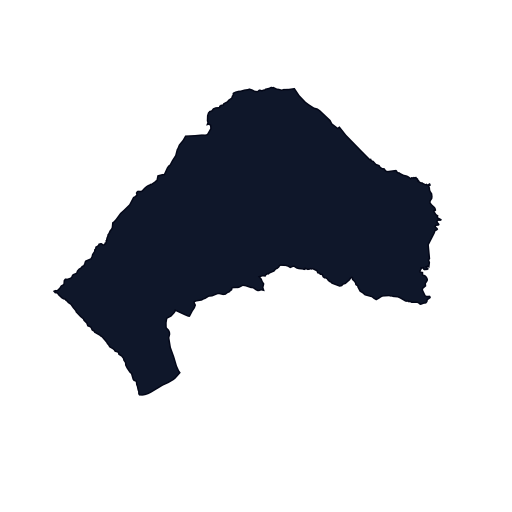 outline of Sogamoso, Boyacá, Colombia, rotated 110°
{"feature_id": "7082276B30941570566225", "entity_name": "Sogamoso", "entity_type": "district", "adm_level": 2, "iso_a3": "COL", "parent_name": "Colombia", "parent_adm1": "Boyacá", "projection": "robinson", "projection_center": [-72.881, 5.676], "detail": "fine", "context": "isolated", "style": "filled", "palette": "ink", "viewbox_px": 512, "rotation_deg": 110, "n_neighbors": 0, "source": "geoboundaries", "source_scale": "gbopen_adm2", "svg_char_len": 6078}
<svg xmlns="http://www.w3.org/2000/svg" viewBox="0 0 512 512"><g transform="rotate(110 256 256)"><path d="M214.2,375.5L219.0,374.8L219.6,375.5L220.8,376.0L224.6,378.7L224.9,379.7L225.9,380.1L226.5,381.1L228.3,382.5L230.6,383.8L234.0,385.2L234.9,386.5L235.5,388.6L236.0,389.4L237.7,389.8L239.4,388.6L242.1,390.1L242.9,391.0L251.1,392.1L258.6,395.7L262.3,397.7L269.6,399.8L272.5,401.0L273.8,401.9L278.4,400.7L280.0,400.8L282.3,401.6L285.2,401.8L287.0,402.3L287.6,401.9L289.7,402.1L291.5,401.9L292.2,401.5L292.9,402.0L293.8,401.5L295.1,401.5L295.4,402.0L296.0,401.7L296.8,402.4L297.4,402.5L298.1,403.3L297.4,405.3L297.5,405.9L298.6,407.5L299.8,407.5L301.2,408.3L302.4,409.4L304.1,409.0L305.3,409.6L306.8,409.1L310.5,410.0L312.9,409.7L315.2,410.1L319.0,414.2L320.3,414.4L321.7,414.0L322.1,414.3L323.9,414.3L325.3,415.7L327.2,416.3L328.9,417.7L331.3,418.6L333.0,418.5L333.8,418.8L335.8,421.0L336.8,421.7L339.0,421.8L340.4,422.6L342.2,424.9L342.7,425.7L342.8,426.8L343.3,427.3L344.8,427.7L347.5,426.9L348.7,426.9L350.8,428.7L353.2,429.2L356.2,430.6L356.9,431.4L357.2,432.7L358.2,433.7L359.1,432.1L358.7,430.5L358.9,429.5L359.9,428.2L361.7,424.0L362.0,422.1L361.8,420.2L362.5,419.6L362.9,418.1L363.9,416.4L364.6,413.4L367.0,410.0L369.0,406.5L369.9,405.9L372.8,400.1L374.0,396.7L375.3,395.5L376.8,392.1L379.1,390.1L379.1,387.8L379.5,386.5L381.5,384.6L382.0,382.2L382.8,381.4L383.7,375.8L384.4,373.9L384.4,373.1L388.1,366.6L389.1,365.6L389.8,364.1L391.3,362.4L392.0,358.6L392.6,357.0L393.6,355.8L393.4,352.9L394.1,351.9L395.2,351.2L395.9,347.9L397.5,345.4L399.1,344.4L400.3,342.6L401.3,341.8L403.0,341.1L405.2,338.8L408.2,334.7L409.0,332.7L413.7,329.3L414.6,328.0L414.5,326.5L414.9,325.4L417.7,324.0L419.0,322.8L422.1,320.9L423.3,319.8L425.6,318.9L426.3,317.9L425.3,315.0L424.0,312.8L422.1,310.4L420.0,308.4L409.1,299.6L404.8,295.2L400.3,291.5L398.5,290.4L391.7,287.7L390.4,289.6L386.7,293.2L379.1,298.8L371.3,305.3L362.7,310.1L359.0,310.5L357.2,311.4L355.7,312.9L354.3,315.8L353.4,316.3L349.5,317.8L345.2,318.6L344.5,318.2L341.5,315.4L337.2,313.6L335.5,313.2L334.5,313.4L335.4,302.9L335.6,299.2L335.3,298.0L329.3,297.2L325.7,296.3L322.9,296.3L321.3,298.0L320.3,298.5L319.6,298.0L318.6,296.9L315.9,292.1L314.3,290.8L313.2,289.4L309.9,286.8L308.4,283.7L304.5,279.4L303.8,277.7L303.3,273.7L302.3,271.8L300.2,270.5L298.5,268.7L297.0,268.4L296.3,267.5L295.9,267.4L294.7,267.8L294.1,267.5L293.3,266.3L291.7,262.2L290.9,261.1L288.0,258.5L287.4,255.6L287.3,250.1L286.7,247.8L287.7,244.2L287.8,242.5L287.4,241.5L285.9,239.6L285.6,237.1L283.3,238.9L279.6,239.3L277.9,241.6L276.0,243.2L274.4,246.0L272.2,243.0L271.6,240.6L270.7,240.6L268.9,239.4L268.5,238.2L267.4,237.7L263.9,234.0L261.5,233.2L260.3,231.9L258.5,230.9L257.2,230.7L256.2,229.9L254.6,224.8L254.5,222.3L255.0,219.9L253.0,217.8L252.6,216.5L253.3,213.6L253.1,211.3L252.1,207.6L252.1,206.4L251.8,205.6L250.7,205.6L250.8,202.7L250.0,201.3L249.2,200.6L249.3,199.6L248.6,198.7L248.5,198.1L249.0,193.6L250.6,192.2L250.4,190.3L251.1,189.4L250.7,187.3L252.5,185.8L253.0,184.1L252.6,182.8L252.7,182.3L253.1,181.1L254.2,179.6L254.8,177.7L254.8,176.7L255.5,175.3L255.6,167.1L254.5,165.4L252.6,164.6L251.2,162.7L246.1,159.9L245.0,159.9L243.2,158.6L243.6,157.8L245.0,157.2L246.0,154.8L247.2,153.2L248.7,152.3L249.2,150.1L250.3,149.5L253.4,146.1L254.0,143.1L255.1,140.3L254.5,133.0L255.4,130.5L255.8,128.1L253.6,126.2L251.6,124.8L250.2,123.4L247.6,117.4L247.5,115.9L247.0,114.5L247.0,113.2L245.8,108.7L246.0,106.1L247.1,100.1L246.8,98.7L246.1,97.4L246.6,96.8L246.0,95.5L246.2,93.9L244.3,88.7L244.3,87.3L245.0,85.7L245.0,84.8L242.9,82.3L242.0,80.5L240.4,79.9L238.5,80.2L235.7,78.3L235.2,78.3L234.6,79.1L235.7,81.7L235.7,83.4L231.5,87.7L230.7,88.2L229.5,88.4L226.1,86.5L223.9,87.6L220.6,86.8L219.3,87.1L217.8,88.6L217.0,90.1L216.8,91.0L217.1,92.9L214.6,93.9L215.0,96.1L214.2,96.9L212.1,96.5L210.5,96.8L210.4,96.3L210.8,96.1L209.7,94.7L210.9,94.0L211.2,93.2L210.0,90.6L209.3,90.1L208.0,92.5L207.6,91.8L206.8,91.5L207.1,89.9L202.8,90.9L200.7,92.6L199.2,92.1L186.5,98.1L173.6,96.5L170.8,96.5L169.8,95.3L168.8,94.8L168.3,95.3L167.5,97.4L167.0,97.8L165.6,97.5L164.5,95.3L164.0,95.0L163.5,95.4L162.4,97.3L161.7,97.7L161.0,97.8L160.0,97.2L159.3,95.1L159.0,94.7L158.6,94.7L158.1,98.3L157.2,99.1L156.2,99.0L155.6,101.2L153.3,104.2L152.5,104.4L152.0,103.3L151.5,103.1L150.0,104.2L149.4,105.1L147.9,108.7L146.5,110.8L145.3,111.2L143.8,111.1L141.9,110.6L140.1,111.0L137.5,112.3L135.8,114.6L134.7,115.5L132.6,116.5L131.8,117.6L131.2,117.6L130.1,116.8L129.7,117.4L129.4,117.1L129.0,117.5L130.9,119.1L130.5,120.2L130.9,120.3L131.1,121.4L130.9,123.9L130.6,124.9L130.9,125.0L130.8,127.8L130.0,128.6L130.2,129.5L129.5,129.5L129.0,130.4L128.5,130.6L128.1,131.9L127.6,132.6L128.2,133.2L128.2,133.8L128.9,134.4L128.6,135.0L129.2,135.5L129.3,136.5L130.5,137.3L129.7,139.6L129.4,141.6L129.8,145.1L129.3,149.0L129.0,149.7L129.3,151.2L129.1,152.0L128.1,153.1L127.9,153.8L131.7,161.1L131.9,162.6L131.6,163.5L130.3,165.5L130.8,167.1L130.7,168.1L130.0,170.2L129.0,171.3L129.0,174.8L127.1,178.3L127.2,179.6L126.9,180.5L126.0,181.3L126.6,182.2L121.7,192.6L111.9,213.0L106.5,221.7L108.3,222.8L106.0,230.0L103.4,232.8L97.8,245.7L97.0,248.7L97.3,252.3L95.9,258.4L94.4,263.4L94.2,263.3L90.7,270.4L85.7,277.2L88.4,282.2L90.2,286.9L91.5,288.5L91.7,291.6L92.2,293.5L91.8,297.4L92.4,298.1L92.4,299.3L94.0,300.9L96.1,304.1L97.4,304.7L97.6,305.7L98.8,306.9L98.9,309.1L99.2,309.6L101.1,310.7L101.8,313.8L101.4,316.3L101.5,319.3L102.4,320.3L104.1,323.5L106.5,326.8L107.2,328.5L109.0,331.1L110.7,332.8L111.4,332.9L112.7,332.2L113.7,332.8L116.0,332.7L119.0,334.9L120.9,335.5L124.0,338.3L125.4,338.4L126.5,340.4L127.3,340.6L127.7,341.2L128.7,340.9L129.3,341.4L130.6,344.4L132.3,346.3L135.0,347.2L136.1,348.9L137.3,349.2L137.7,349.5L140.7,349.4L145.6,347.8L147.0,346.7L149.1,346.7L148.1,345.3L148.7,343.3L151.7,341.9L158.1,343.0L158.9,343.5L159.8,344.8L161.0,348.4L163.9,354.5L167.5,363.1L172.2,363.9L178.0,365.9L181.5,366.0L183.0,366.3L189.1,365.7L194.8,367.0L199.9,367.7L201.3,368.7L203.5,369.3L210.9,369.9L211.6,371.7L214.2,375.5Z" fill="#0f172a" stroke="#020617" stroke-width="1.5"/></g></svg>